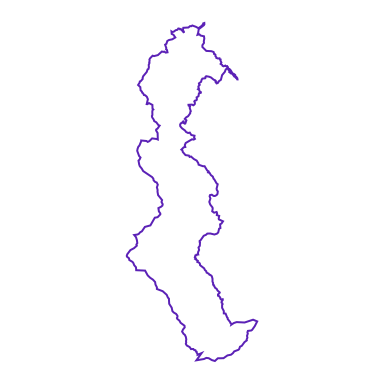 Sugag, Alba, Romania
{"feature_id": "2599482B22496390812806", "entity_name": "Sugag", "entity_type": "district", "adm_level": 2, "iso_a3": "ROU", "parent_name": "Romania", "parent_adm1": "Alba", "projection": "albers", "projection_center": [23.621, 45.632], "detail": "fine", "context": "isolated", "style": "outline", "palette": "violet", "viewbox_px": 384, "rotation_deg": 0, "n_neighbors": 0, "source": "geoboundaries", "source_scale": "gbopen_adm2", "svg_char_len": 5958}
<svg xmlns="http://www.w3.org/2000/svg" viewBox="0 0 384 384"><path d="M253.1,319.7L244.6,322.5L236.6,322.1L233.9,323.0L231.3,324.7L231.5,323.8L230.4,323.0L230.0,321.9L227.7,319.0L227.7,318.0L227.1,317.4L225.6,313.6L223.8,313.4L223.8,311.0L222.1,307.8L222.1,304.8L222.6,304.2L222.4,303.4L221.5,302.6L221.6,301.7L222.8,299.9L222.7,299.2L220.9,299.4L220.3,298.6L220.2,297.5L218.9,296.0L218.0,295.7L218.0,294.4L219.4,293.2L219.7,292.4L217.5,290.5L216.7,288.9L215.0,287.7L214.3,286.1L213.6,285.5L213.8,285.1L213.1,284.4L213.1,282.9L212.5,281.7L212.5,278.7L211.8,276.2L210.4,274.9L209.5,274.8L208.7,273.7L206.6,272.6L206.2,271.2L204.8,269.9L204.2,268.4L200.1,265.2L199.9,263.8L199.3,262.8L197.3,261.9L197.8,260.8L195.2,259.0L195.8,258.3L194.8,257.4L195.4,255.4L196.4,255.3L196.5,254.7L198.2,254.5L198.0,253.9L198.1,252.1L199.1,249.9L198.5,247.5L199.8,245.8L200.0,242.4L199.6,242.0L199.7,240.8L200.4,240.5L203.7,235.8L206.0,234.8L207.3,233.6L210.3,233.5L214.4,234.5L216.9,233.7L218.2,232.5L219.1,228.7L220.4,228.1L220.1,224.3L221.5,223.5L223.0,221.3L218.9,219.4L218.7,218.5L219.2,215.9L216.8,215.1L217.1,213.2L216.6,212.0L214.1,212.7L212.2,211.3L212.7,208.8L212.5,207.5L210.2,204.5L209.3,201.9L210.4,198.5L209.6,196.3L210.0,195.1L211.8,194.7L213.5,195.9L214.9,196.0L216.6,195.1L217.5,193.9L217.8,191.4L216.8,189.9L216.6,188.6L217.7,184.2L216.6,183.4L214.3,179.4L213.6,178.8L212.8,176.6L210.8,175.0L209.6,172.9L208.1,172.4L208.6,171.4L207.2,170.5L204.6,166.2L202.9,166.2L198.6,164.7L198.3,163.2L196.7,160.6L193.8,159.0L191.0,156.5L189.6,156.9L188.9,155.6L185.5,155.1L182.8,152.0L182.4,150.3L181.4,149.6L183.7,147.3L185.3,147.0L184.8,145.1L185.7,143.0L192.0,139.3L193.7,139.6L194.9,138.9L194.1,137.6L194.5,135.7L191.3,135.0L189.8,132.6L188.1,133.0L186.1,132.0L185.0,130.5L182.0,128.3L180.3,126.3L180.1,124.8L180.7,123.4L181.7,123.0L183.3,121.3L183.6,121.4L183.6,123.0L184.9,123.7L185.3,123.5L186.4,120.3L184.8,118.9L186.1,117.4L188.1,116.2L190.2,113.3L190.2,112.2L190.8,111.2L189.7,107.9L190.0,106.5L188.6,105.6L188.5,104.8L192.0,104.6L193.3,105.3L194.2,104.7L194.8,104.0L194.9,102.8L194.3,101.4L194.8,100.7L196.5,100.2L196.9,99.2L196.6,97.4L198.5,96.2L198.9,93.4L200.8,92.8L200.9,92.2L199.7,91.6L199.3,90.1L198.0,89.2L198.9,88.3L198.4,87.2L198.4,86.4L199.7,84.9L199.0,84.1L198.9,83.4L201.1,81.8L201.6,79.8L202.4,78.6L205.1,78.3L205.5,77.8L205.4,77.0L206.2,76.2L209.0,76.7L210.9,77.4L213.7,79.7L215.2,80.3L215.4,81.2L215.7,81.2L215.6,81.8L216.1,82.0L215.9,82.5L216.6,83.4L217.8,83.0L219.0,81.1L220.9,79.8L222.1,75.1L224.8,71.9L225.7,69.5L227.3,68.2L229.4,71.1L229.3,72.1L229.9,72.3L230.6,73.3L232.3,73.8L234.3,76.6L235.9,77.3L235.9,77.9L236.5,78.2L237.2,79.4L237.5,79.4L237.3,78.2L236.1,76.6L234.3,75.1L235.0,75.2L234.3,74.9L235.0,74.9L235.7,75.3L233.7,73.8L232.5,73.4L230.8,70.4L229.5,69.0L227.7,68.2L228.0,67.9L227.9,67.1L227.2,66.9L227.1,66.1L225.7,66.1L225.3,65.6L223.6,66.3L222.6,65.9L222.2,65.0L220.6,63.9L221.4,62.5L220.5,60.7L220.6,59.5L219.8,59.3L219.5,58.3L217.9,58.5L216.6,58.0L216.7,57.8L215.4,56.1L215.5,54.9L214.5,53.8L214.1,53.9L213.6,52.0L211.4,51.2L206.3,50.9L202.4,47.0L202.4,45.2L204.0,42.9L203.8,41.3L204.3,38.6L204.0,36.3L200.5,35.5L199.4,34.3L197.5,34.8L198.2,32.6L198.7,29.2L203.9,25.2L204.4,24.3L204.3,23.0L203.2,23.4L203.0,24.5L200.9,26.5L198.4,28.2L195.9,26.8L192.3,25.5L191.3,26.2L190.1,26.1L188.4,27.5L183.3,27.8L182.8,30.6L183.8,31.4L183.9,32.0L183.5,32.2L180.8,29.0L180.1,29.4L179.2,28.6L178.3,28.5L177.4,29.8L175.7,30.2L173.7,31.7L172.2,32.0L171.5,31.5L171.7,33.9L173.5,34.8L175.3,37.5L172.3,39.3L169.0,40.0L167.3,41.0L166.4,43.8L165.1,44.7L166.3,48.0L166.1,49.3L167.0,50.0L167.5,52.3L165.7,52.6L164.2,51.6L163.2,51.9L161.9,51.5L157.9,55.1L154.0,56.1L152.6,55.7L150.0,58.4L149.4,59.6L149.6,60.7L149.2,62.5L149.5,62.9L148.7,64.9L148.9,67.2L148.5,68.9L147.6,69.4L146.7,72.0L143.2,76.2L142.6,77.9L142.7,78.9L140.9,81.0L139.8,81.5L139.7,82.5L138.1,85.0L140.3,87.1L140.6,90.3L141.9,91.6L142.2,92.7L143.2,93.4L143.9,95.0L145.1,95.2L146.8,96.7L147.9,99.2L146.7,104.1L147.3,104.2L149.0,103.1L152.4,104.9L152.5,108.4L153.3,109.5L152.6,109.9L152.3,111.6L152.4,115.0L151.9,116.0L152.2,117.4L153.7,119.6L154.2,121.1L156.3,122.3L158.4,125.1L159.6,125.6L157.6,128.5L156.2,129.5L156.1,130.5L157.6,133.0L157.8,139.5L156.6,139.0L152.1,138.4L149.4,141.1L147.7,141.9L146.5,141.0L141.2,140.5L141.2,141.2L139.4,145.6L138.4,146.6L137.6,148.7L137.2,150.8L139.1,156.0L140.5,157.5L139.6,159.5L138.5,160.6L139.2,164.5L139.8,166.2L141.7,168.5L143.2,171.1L152.1,177.1L153.3,178.6L153.6,180.3L155.1,181.9L156.7,182.5L157.8,184.7L156.9,187.3L157.6,190.0L157.5,191.7L158.1,195.1L162.1,200.1L161.5,202.0L162.7,204.2L162.4,205.6L161.0,206.8L158.4,208.1L158.9,211.4L160.3,213.4L160.3,214.4L157.6,217.2L154.8,217.7L150.4,225.4L144.9,226.9L141.9,231.3L140.0,232.4L138.9,233.8L137.5,234.5L134.2,235.0L136.0,237.2L136.9,240.1L137.3,243.1L136.4,244.5L136.8,245.7L134.0,248.2L130.4,250.1L127.3,254.2L126.8,255.6L126.9,256.6L129.0,258.3L129.3,260.0L132.5,261.9L133.4,263.1L134.2,265.2L136.0,267.3L136.2,270.2L145.1,270.6L147.7,275.4L150.2,277.8L152.9,279.6L155.1,282.0L155.5,284.6L156.9,287.3L156.9,289.0L162.7,291.2L166.7,294.8L167.9,297.6L168.9,298.6L169.2,303.8L171.7,307.7L172.4,311.1L173.7,312.5L176.1,313.9L177.4,315.7L177.5,316.8L176.9,318.0L177.3,318.9L179.4,320.6L180.6,322.8L184.5,325.7L184.7,327.4L183.0,329.5L182.1,331.6L183.6,333.9L184.8,334.8L185.8,336.8L186.3,339.4L186.0,341.1L186.2,342.6L185.8,343.8L186.1,344.4L186.8,345.5L189.7,347.1L191.0,349.1L193.3,349.0L194.3,350.1L195.4,350.2L196.0,351.5L196.6,351.7L196.6,352.6L197.5,353.8L197.5,354.8L201.6,353.1L196.4,360.3L204.0,359.0L206.3,357.9L208.7,358.2L211.9,360.1L214.9,361.0L217.8,358.3L223.5,358.2L227.5,355.4L231.0,354.7L232.9,353.2L234.2,351.4L238.4,349.8L239.2,349.0L240.0,346.7L241.8,345.8L244.5,342.1L246.8,340.4L246.6,339.5L247.4,337.7L247.0,335.9L247.8,333.6L247.4,332.3L247.9,330.9L251.2,330.5L252.1,329.9L254.8,326.1L257.2,321.4L253.1,319.7Z" fill="none" stroke="#5b21b6" stroke-width="2"/></svg>